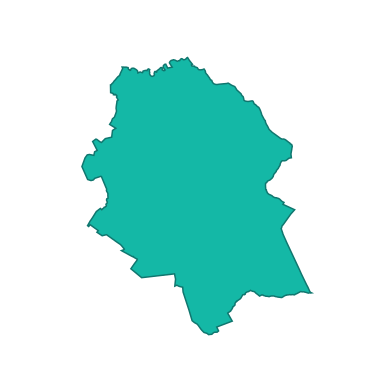 outline of Osorhei, Bihor, Romania, rotated 341°
{"feature_id": "2599482B12342041000570", "entity_name": "Osorhei", "entity_type": "district", "adm_level": 2, "iso_a3": "ROU", "parent_name": "Romania", "parent_adm1": "Bihor", "projection": "orthographic", "projection_center": [22.056, 47.025], "detail": "fine", "context": "isolated", "style": "filled", "palette": "teal", "viewbox_px": 384, "rotation_deg": 341, "n_neighbors": 0, "source": "geoboundaries", "source_scale": "gbopen_adm2", "svg_char_len": 5964}
<svg xmlns="http://www.w3.org/2000/svg" viewBox="0 0 384 384"><g transform="rotate(341 192 192)"><path d="M272.2,326.3L271.4,325.5L271.0,324.4L270.6,319.8L270.1,316.7L268.7,305.0L268.3,300.4L265.2,271.5L264.5,263.7L264.3,261.0L264.4,260.3L264.4,255.5L264.8,255.3L265.1,255.0L266.0,253.5L267.7,252.5L278.1,245.1L283.3,242.2L274.0,233.3L275.6,231.8L274.3,230.5L273.6,229.4L272.8,227.7L272.2,226.8L271.9,226.4L269.7,224.8L268.5,224.3L267.9,223.7L267.2,223.0L266.3,221.4L263.7,218.9L262.9,217.0L263.0,216.6L262.8,215.3L263.0,214.1L262.9,214.0L262.5,213.7L263.6,209.8L264.4,207.7L265.7,207.4L266.9,206.3L269.8,206.0L272.2,205.0L273.8,203.8L275.0,202.0L278.2,200.1L278.8,199.2L281.3,197.7L282.6,196.4L283.9,195.4L284.7,193.9L286.1,192.5L287.5,191.8L289.5,192.6L291.2,192.8L294.7,191.6L297.1,192.0L297.9,188.3L300.3,184.0L300.5,183.5L301.7,181.4L301.7,179.5L300.6,178.5L300.6,177.8L299.5,176.3L297.8,173.6L297.1,172.7L296.3,172.0L295.8,171.7L294.4,171.3L293.3,170.3L287.1,161.5L286.6,160.4L285.3,158.0L284.9,154.6L284.4,152.3L284.3,151.5L284.3,150.8L284.2,150.2L284.2,149.7L284.5,148.9L284.5,148.5L283.9,146.9L283.1,141.8L283.1,141.1L283.2,140.4L283.2,139.4L283.2,137.2L282.9,134.6L282.6,133.6L282.4,133.3L281.7,132.6L280.5,130.0L279.7,129.3L279.5,128.9L279.3,126.3L279.1,125.8L278.7,125.5L278.0,125.3L275.1,124.8L274.3,124.6L272.1,123.5L271.2,122.5L271.0,122.2L271.3,120.3L271.4,119.1L271.4,118.6L271.2,118.1L270.8,117.5L270.5,116.8L270.4,115.4L270.2,114.8L267.6,110.1L267.0,107.0L266.7,106.2L264.3,104.0L262.1,101.3L261.6,100.8L260.1,100.7L253.1,99.0L250.5,98.5L249.1,97.8L248.0,96.9L247.4,95.9L246.9,94.2L247.1,93.8L247.0,93.0L246.9,92.6L246.2,92.3L246.0,91.9L245.9,91.1L245.6,89.6L245.2,88.4L244.6,86.2L244.1,85.2L243.6,83.5L243.7,83.4L243.9,82.6L243.9,81.2L243.6,80.5L243.4,79.6L242.0,79.7L239.8,79.3L238.3,78.6L237.8,77.7L237.5,76.2L236.3,75.2L235.9,75.0L235.2,74.2L235.3,73.8L233.3,73.0L232.8,72.7L232.8,72.1L232.9,71.5L234.0,71.4L232.4,66.8L231.6,63.4L230.7,63.5L229.3,64.3L228.2,64.5L226.9,64.1L226.2,63.0L225.7,62.6L225.3,62.5L224.5,62.7L224.0,62.9L223.4,63.6L223.1,63.8L222.2,63.5L220.6,63.6L218.9,61.8L217.5,60.9L216.8,60.9L216.3,61.0L215.3,60.8L214.2,61.2L212.9,62.1L212.7,62.7L213.9,67.5L209.4,66.9L209.1,64.9L208.8,62.6L207.6,62.4L206.1,63.2L205.6,64.1L205.4,64.7L205.9,66.9L206.3,67.6L206.1,68.1L205.7,68.3L205.1,68.0L204.6,68.0L204.2,67.5L203.9,67.2L203.6,66.9L203.6,66.6L204.0,65.8L204.0,64.9L203.7,64.4L203.1,64.2L202.6,64.3L201.6,64.9L198.3,66.0L198.1,66.2L197.6,67.1L197.2,67.0L197.0,66.4L196.4,66.0L196.1,66.0L195.7,66.3L194.9,67.4L194.6,68.2L194.7,68.7L194.5,69.2L194.0,69.6L192.5,69.8L191.5,69.5L191.2,69.2L190.6,68.0L190.4,67.1L190.4,66.2L191.0,65.1L191.0,64.4L191.0,64.0L191.1,63.6L191.9,62.5L191.8,62.3L191.7,62.2L191.1,61.6L190.8,61.4L190.1,61.6L188.9,62.6L188.3,62.0L186.2,61.7L185.7,61.8L185.2,61.7L184.1,63.0L183.4,62.7L182.0,61.6L179.6,61.8L179.9,59.8L179.6,59.0L179.0,58.0L177.6,56.3L176.6,55.7L175.4,55.5L174.9,55.5L173.9,56.3L173.5,56.9L172.9,56.8L172.7,56.4L172.6,56.0L172.0,55.4L172.0,55.0L171.9,54.4L172.1,53.6L170.4,52.5L168.7,52.0L168.5,51.8L166.6,51.1L166.6,52.7L162.5,56.9L162.1,57.7L161.7,57.8L161.6,58.1L160.7,58.5L159.5,58.9L159.1,59.1L157.1,60.3L155.9,61.1L155.0,61.4L152.8,63.0L151.6,63.5L150.4,64.3L149.8,64.2L147.4,71.6L149.2,72.9L149.8,73.8L149.4,74.4L150.0,74.8L150.4,74.6L150.9,74.9L150.8,75.1L151.4,75.4L151.6,75.1L152.2,76.0L152.3,76.8L151.5,77.6L152.2,81.0L150.6,81.6L150.3,82.5L149.0,84.9L148.0,86.9L147.4,88.4L147.2,89.8L146.8,91.2L145.6,92.8L143.0,96.0L140.6,96.9L138.5,99.5L137.5,100.1L136.1,101.3L140.7,106.9L136.9,107.9L133.9,114.0L127.4,113.3L122.5,115.7L122.1,115.4L121.3,114.5L119.0,111.1L118.2,110.7L114.5,111.9L115.9,121.8L113.0,122.3L111.1,125.4L107.2,123.1L105.0,122.8L102.0,124.9L96.2,132.1L97.4,146.2L100.2,148.3L102.4,148.5L102.9,148.4L104.3,147.5L104.6,147.4L111.0,147.5L111.4,148.1L112.1,159.7L112.3,161.2L111.5,163.0L112.0,166.0L111.1,168.5L111.1,169.1L110.8,169.7L110.8,170.1L110.6,170.5L110.3,170.7L109.5,170.6L109.1,170.8L108.9,171.3L108.6,171.6L108.5,172.4L108.5,172.8L108.7,173.4L108.5,174.1L107.7,175.2L107.1,175.3L106.7,175.5L106.6,175.8L106.6,176.9L106.6,177.1L106.2,177.5L105.5,177.7L104.6,178.0L104.1,177.8L103.4,178.3L102.2,178.8L101.8,178.8L101.2,179.3L100.9,179.4L100.0,177.7L95.2,179.3L89.4,184.0L87.0,185.8L86.5,186.1L82.3,189.8L83.1,191.0L85.0,189.7L90.8,198.0L89.0,199.1L92.8,204.1L97.1,204.5L97.4,204.7L104.5,214.7L107.2,218.3L107.9,219.8L109.4,223.8L109.4,224.1L108.4,224.4L106.2,224.4L107.0,225.4L114.1,233.1L115.0,234.0L115.6,234.0L115.7,234.7L116.6,235.8L117.9,237.2L118.4,237.7L117.5,238.8L114.4,240.9L109.2,244.7L116.5,256.6L148.8,263.7L148.1,269.0L145.1,275.4L147.3,275.2L149.2,277.1L152.2,279.0L151.0,283.7L150.7,303.0L150.2,313.7L151.8,316.3L153.8,318.5L154.5,320.2L155.7,324.4L156.3,326.0L157.6,328.7L160.1,330.5L161.3,332.3L163.4,332.7L163.9,332.9L164.7,332.9L165.9,332.3L167.4,331.9L170.2,332.7L171.9,332.0L171.4,327.7L188.0,327.2L186.3,318.2L186.5,318.0L189.7,317.2L189.7,316.9L189.9,316.7L190.8,316.4L191.9,315.5L192.8,314.6L192.8,314.2L193.3,313.8L193.9,313.8L195.9,312.8L196.3,311.4L197.4,310.5L198.6,310.1L198.5,309.8L199.3,309.5L199.6,309.6L202.9,308.7L203.7,308.2L206.1,306.1L206.6,305.7L208.1,306.0L208.3,306.2L209.1,305.9L209.2,305.7L208.9,305.6L209.0,305.5L210.2,304.7L212.0,304.4L213.1,304.6L214.0,304.3L214.7,304.3L215.2,304.0L216.8,305.5L218.6,306.6L219.5,308.5L221.0,310.7L222.0,312.4L224.7,312.0L225.2,312.5L225.6,312.6L226.2,313.4L226.8,313.7L227.9,314.6L229.2,315.1L230.9,316.1L231.9,316.0L233.4,316.2L235.6,317.0L236.8,318.0L238.3,318.8L238.8,319.2L242.2,320.9L242.7,321.0L243.0,320.9L243.7,320.8L245.6,320.3L247.5,320.2L248.0,320.2L248.1,320.4L248.9,320.4L249.8,320.7L251.0,320.8L251.5,321.2L251.9,321.2L252.8,321.6L254.1,321.8L255.0,322.5L255.7,322.6L256.5,322.2L257.5,322.3L262.5,321.5L263.4,322.2L265.6,322.9L266.0,323.4L266.8,323.8L269.1,325.5L270.4,325.6L271.2,326.1L272.2,326.3Z" fill="#14b8a6" stroke="#0f766e" stroke-width="1.5"/></g></svg>